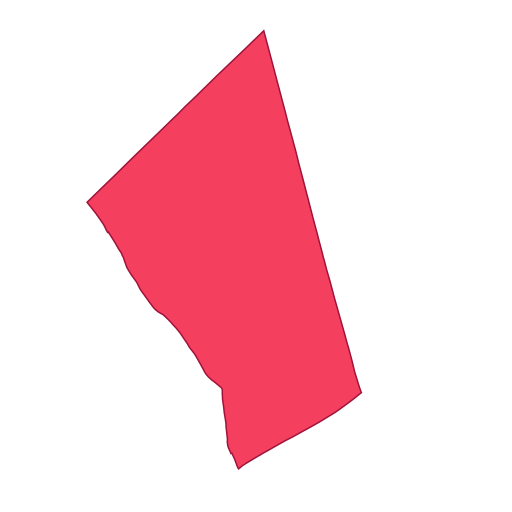 the district of Pathum Wan, Bangkok Metropolis, Thailand, rotated 232°
{"feature_id": "78962969B24986508007859", "entity_name": "Pathum Wan", "entity_type": "district", "adm_level": 2, "iso_a3": "THA", "parent_name": "Thailand", "parent_adm1": "Bangkok Metropolis", "projection": "orthographic", "projection_center": [100.531, 13.738], "detail": "fine", "context": "isolated", "style": "filled", "palette": "rose", "viewbox_px": 512, "rotation_deg": 232, "n_neighbors": 0, "source": "geoboundaries", "source_scale": "gbopen_adm2", "svg_char_len": 3018}
<svg xmlns="http://www.w3.org/2000/svg" viewBox="0 0 512 512"><g transform="rotate(232 256 256)"><path d="M353.0,368.4L410.4,393.0L428.7,400.8L425.3,368.3L422.1,335.8L418.8,306.5L417.4,292.3L416.0,281.6L415.5,276.5L413.4,257.3L411.3,237.2L409.2,217.8L408.2,209.1L407.7,205.0L406.1,190.7L405.3,182.9L403.6,167.2L402.9,161.1L402.5,157.3L402.4,156.0L401.0,155.9L397.0,156.0L391.9,156.0L387.6,156.0L386.6,155.9L385.9,155.9L379.5,155.6L378.9,155.5L378.1,155.5L374.4,155.2L372.0,154.8L369.3,154.1L365.9,153.6L365.8,154.2L365.8,154.3L365.4,154.3L364.8,154.2L364.1,154.2L361.0,153.9L356.8,153.5L356.1,153.4L353.8,153.2L346.3,152.1L345.6,152.0L345.2,152.0L341.2,151.7L340.7,151.5L340.0,151.4L338.7,150.9L338.4,150.9L338.2,150.8L337.9,150.8L337.0,150.7L336.6,150.6L333.2,149.4L327.1,147.4L326.7,147.3L326.2,147.2L325.9,147.1L325.0,147.0L323.0,146.7L318.3,146.2L317.4,146.1L310.4,145.9L308.9,145.8L308.5,145.7L307.8,145.7L307.6,145.6L302.2,144.5L300.5,144.2L299.8,144.2L298.8,144.1L287.2,143.7L286.1,143.6L280.1,143.5L277.5,143.5L276.4,143.6L274.1,144.1L272.9,144.3L272.6,144.4L272.5,144.5L272.0,144.6L268.4,146.0L268.1,146.2L267.6,146.5L265.0,147.0L262.5,147.4L256.6,148.1L252.5,148.3L248.2,148.7L242.2,148.8L228.9,147.9L227.7,147.7L225.2,147.3L221.9,147.3L216.9,147.3L213.3,146.9L204.7,145.6L199.9,144.8L195.8,144.1L195.3,144.0L194.8,144.0L192.8,143.9L191.2,144.0L190.6,144.0L189.7,144.1L189.0,144.2L188.9,144.2L188.6,144.2L188.4,144.3L185.4,144.8L183.1,145.5L180.6,146.1L177.3,146.8L174.5,147.4L174.1,147.5L173.4,147.5L173.1,147.5L172.5,147.4L172.2,147.4L171.7,147.2L171.1,146.9L170.9,146.7L170.5,146.4L169.2,145.4L168.2,144.6L167.8,144.3L165.2,142.6L164.6,142.0L164.2,141.8L159.3,138.9L156.5,137.3L151.7,134.3L151.4,134.2L151.2,134.0L150.9,133.9L148.0,132.3L147.9,132.3L147.6,132.1L144.0,130.1L142.0,128.9L141.7,128.7L140.4,127.6L133.4,123.3L133.2,123.2L132.3,122.6L130.9,121.8L130.8,121.7L130.2,121.3L128.9,120.5L128.6,120.2L127.8,119.4L127.4,119.1L126.7,118.6L126.3,118.4L125.0,117.6L124.3,117.2L123.0,116.6L122.6,116.5L121.2,116.0L119.8,115.7L118.6,115.4L115.7,114.7L115.4,115.6L114.8,115.4L109.2,114.1L100.6,111.4L100.0,111.3L99.0,111.2L99.0,114.3L99.1,115.1L99.1,116.6L99.0,117.9L98.4,123.5L97.5,130.7L97.2,133.1L96.1,141.2L95.9,142.3L94.8,149.6L94.2,153.8L93.6,157.9L92.4,165.6L90.8,173.9L89.4,183.0L88.2,190.1L86.5,201.4L86.3,202.5L85.2,211.9L84.1,221.5L83.9,223.9L83.5,235.4L83.3,244.0L83.3,247.4L83.4,248.7L83.4,254.9L85.3,255.5L86.5,255.9L88.9,256.7L93.2,258.3L95.8,259.3L97.0,259.8L102.6,261.9L105.5,263.1L108.1,264.3L112.7,266.4L113.8,266.9L114.3,267.1L115.4,267.6L118.4,268.9L119.2,269.2L126.0,272.1L130.6,273.9L135.9,276.1L138.4,277.2L153.9,283.5L175.2,292.2L190.6,298.8L202.4,303.5L204.4,304.4L210.1,306.9L211.1,307.3L213.4,308.2L215.2,309.0L216.0,309.4L222.0,312.0L227.7,314.4L236.4,318.2L252.2,324.9L257.2,327.1L270.5,332.9L277.8,336.0L278.6,336.4L288.3,340.6L301.9,346.4L314.4,352.0L338.1,362.0L343.2,364.1L350.4,367.3L350.9,367.5L353.0,368.4Z" fill="#f43f5e" stroke="#9f1239" stroke-width="1.5"/></g></svg>